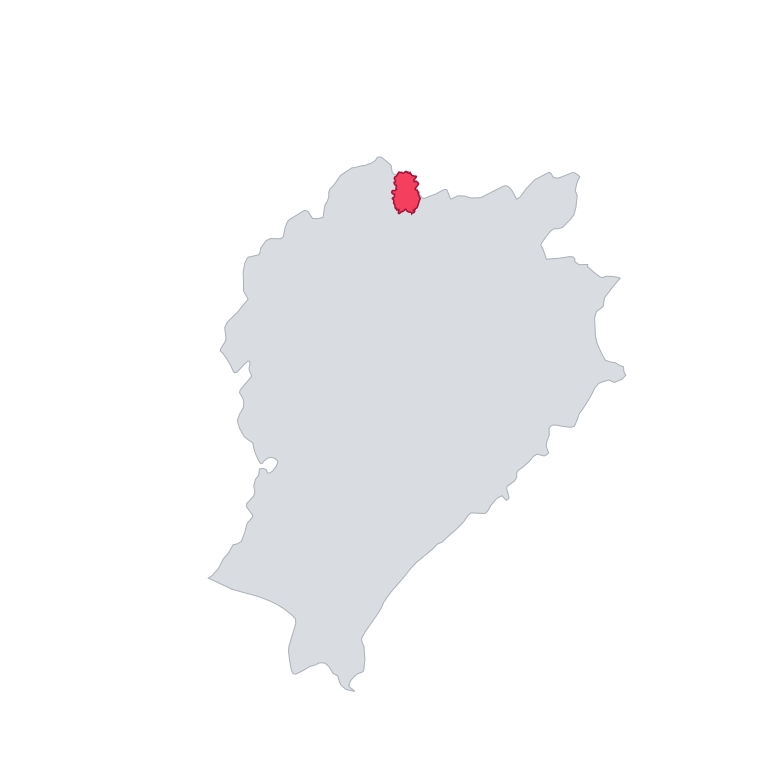 Liozna, Vitebsk, Belarus (highlighted), rotated 308°
{"feature_id": "67162791B19917337499758", "entity_name": "Liozna", "entity_type": "district", "adm_level": 2, "iso_a3": "BLR", "parent_name": "Belarus", "parent_adm1": "Vitebsk", "projection": "natural_earth1", "projection_center": [30.625, 55.016], "detail": "fine", "context": "in_parent", "style": "filled", "palette": "rose", "viewbox_px": 768, "rotation_deg": 308, "n_neighbors": 0, "source": "geoboundaries", "source_scale": "gbopen_adm2", "svg_char_len": 7168}
<svg xmlns="http://www.w3.org/2000/svg" viewBox="0 0 768 768"><g transform="rotate(308 384 384)"><path d="M612.6,505.0L601.2,504.5L587.6,504.7L580.0,508.9L571.7,506.9L565.8,509.2L552.3,520.8L547.1,527.0L542.1,536.6L539.0,543.7L540.7,548.7L543.2,553.3L543.7,558.3L545.0,562.2L541.7,565.1L539.7,569.2L534.0,568.5L527.0,564.5L525.6,558.8L520.2,554.9L516.7,552.8L510.9,552.5L501.6,554.4L489.4,555.8L480.2,556.2L475.2,558.2L467.8,560.1L464.9,557.8L460.9,551.4L457.6,544.9L455.3,542.1L453.3,541.3L450.8,541.5L447.9,543.5L445.8,545.6L438.1,548.0L434.7,550.3L430.9,556.2L428.4,555.8L425.9,554.5L423.0,547.9L419.0,546.3L412.6,546.2L404.6,544.8L398.2,542.8L395.8,543.3L392.0,546.1L387.8,546.5L378.7,544.0L376.9,545.2L371.5,552.5L369.1,552.8L367.7,551.9L368.5,545.6L363.3,543.3L354.4,543.0L348.1,543.9L345.0,543.6L343.4,542.4L335.9,531.8L331.9,531.1L324.6,531.6L313.9,530.4L301.6,528.0L294.8,527.1L291.3,524.7L283.7,523.9L263.4,519.4L255.0,518.6L242.7,518.5L224.0,517.5L212.0,518.1L206.4,519.6L200.0,520.5L177.7,521.7L169.7,522.9L167.4,525.2L164.6,530.0L155.2,538.5L146.1,544.1L144.4,544.6L139.3,541.6L135.0,540.6L129.9,540.3L126.3,541.2L124.0,542.6L124.0,549.2L123.5,549.8L119.8,542.0L120.4,535.0L122.7,531.0L125.5,527.4L124.6,522.0L127.4,514.8L127.7,509.7L126.6,507.4L124.6,504.9L118.9,502.0L116.4,499.8L108.7,496.8L101.1,493.1L99.9,490.8L100.3,489.3L101.7,486.9L107.9,480.0L114.6,473.3L118.7,470.6L140.8,462.0L144.3,459.0L145.3,453.9L145.3,443.6L144.2,434.3L142.8,427.8L139.1,415.7L128.7,390.8L122.9,365.0L127.2,366.5L137.5,367.0L145.7,365.3L150.0,365.0L153.8,365.6L164.6,364.1L167.2,366.5L172.0,368.5L181.5,365.6L190.0,361.9L198.7,362.3L200.0,360.5L202.5,351.4L205.1,349.4L215.5,350.3L219.4,348.7L223.5,344.2L229.7,341.4L234.9,341.4L240.3,338.2L242.9,340.3L244.0,344.1L242.2,347.1L242.9,348.3L246.6,349.8L252.9,349.7L257.0,348.5L258.0,346.8L258.1,343.6L257.1,340.7L254.5,338.2L249.5,336.9L246.0,336.9L245.4,335.3L246.7,331.8L250.0,325.5L254.0,319.9L256.3,317.7L256.8,315.7L256.4,312.3L256.5,306.1L260.2,297.4L264.9,290.9L271.1,288.8L278.7,287.7L283.6,284.6L286.1,281.0L288.2,275.5L290.7,274.3L308.8,275.0L311.7,269.5L313.3,267.9L316.8,266.3L319.2,264.3L318.4,262.8L313.8,261.8L302.9,260.9L300.7,259.1L301.5,256.8L304.5,251.1L307.4,243.7L309.0,238.0L309.2,234.6L310.8,233.7L319.7,232.7L322.6,231.5L330.4,223.7L336.2,222.4L351.2,224.4L358.0,224.3L366.8,224.8L367.5,224.0L370.7,216.3L385.7,204.0L393.7,199.8L398.7,198.8L400.4,199.0L408.3,205.5L410.1,205.8L415.4,203.1L424.6,202.8L428.8,205.1L434.8,213.1L437.9,214.0L446.8,209.6L451.8,208.1L455.0,208.1L471.7,214.3L472.9,216.3L473.0,218.6L470.4,225.9L473.8,230.3L477.8,233.4L486.5,228.4L489.7,227.0L493.2,226.9L497.8,225.1L501.2,222.3L504.4,221.3L510.6,222.0L521.7,221.3L534.7,225.7L535.8,227.1L542.3,232.2L544.6,234.7L546.7,235.6L550.2,238.1L554.8,239.6L558.0,239.2L559.6,240.0L561.0,242.0L561.1,245.3L560.7,254.9L556.0,260.0L555.4,261.7L555.6,263.9L559.3,268.0L564.1,274.5L565.2,278.2L565.2,281.0L558.7,289.3L556.6,291.2L555.1,295.3L554.3,299.5L554.7,301.2L565.6,307.8L573.7,311.3L575.5,313.1L575.7,314.2L571.4,321.3L571.0,323.2L577.5,326.1L581.1,330.7L584.3,338.3L590.4,345.5L613.4,356.2L615.4,358.1L616.1,360.3L615.4,365.3L611.3,374.8L615.2,376.2L625.4,375.8L637.7,377.0L652.5,383.7L652.6,386.7L651.1,389.4L652.1,392.3L653.8,394.8L666.6,402.3L667.9,404.5L668.1,408.1L667.8,410.8L664.3,411.3L660.4,412.6L653.9,415.8L651.4,420.3L641.1,426.6L634.6,429.4L629.5,429.6L617.3,428.3L613.0,425.2L611.2,422.3L606.4,421.1L600.2,421.0L591.6,421.4L589.8,422.3L588.4,425.8L584.8,431.7L582.2,435.1L593.2,446.9L598.7,451.8L600.5,454.7L600.4,456.9L597.8,459.4L598.2,464.4L603.6,471.0L601.8,472.0L601.3,480.2L601.4,488.9L602.8,491.0L605.7,492.7L608.2,495.9L612.3,503.1L612.6,505.0Z" fill="#d9dde1" stroke="#a8b0b8" stroke-width="1"/><path d="M530.4,292.0L530.5,292.0L531.4,292.4L532.1,292.8L532.6,293.0L533.3,293.1L533.9,293.1L534.4,293.1L534.9,293.1L535.0,293.4L535.0,293.7L535.0,293.9L534.8,294.3L534.7,294.6L534.6,295.1L534.4,295.6L534.4,295.9L534.5,296.5L534.6,297.2L534.9,298.0L535.3,298.5L535.7,299.0L535.8,299.3L535.8,299.8L535.8,300.2L535.7,300.5L535.5,300.8L535.3,301.0L535.7,301.0L536.1,301.2L536.6,301.5L537.2,301.8L537.5,301.9L537.8,302.1L538.2,302.1L538.8,302.0L538.9,301.7L538.8,301.4L538.8,301.0L538.8,300.7L538.8,300.4L539.0,300.2L539.3,300.1L539.5,300.3L539.7,300.6L539.8,300.8L539.9,301.0L540.0,301.1L540.5,301.2L540.9,300.7L541.1,300.6L541.4,300.7L541.7,300.8L542.0,301.0L542.5,301.3L543.1,301.4L543.5,301.4L543.9,301.3L544.4,301.2L545.2,300.9L545.5,300.8L545.9,300.6L546.4,300.4L546.7,300.4L547.2,300.2L547.8,300.0L548.5,299.6L549.8,299.1L550.9,298.8L552.6,298.3L552.9,297.6L553.3,296.6L553.8,295.9L554.6,294.2L554.9,293.8L555.8,293.8L556.5,293.3L556.4,292.7L556.1,292.1L556.6,291.8L557.2,291.2L556.9,290.6L556.6,289.7L556.6,289.2L556.6,288.5L557.6,288.2L559.3,288.2L561.0,288.2L562.7,288.2L563.4,287.6L563.5,286.3L563.6,285.5L563.7,284.8L563.4,284.2L562.8,283.9L562.1,283.4L562.2,282.5L563.4,282.0L565.5,282.0L567.1,282.1L567.5,281.7L567.3,281.0L566.7,280.2L566.2,279.1L565.7,278.2L565.6,277.5L565.8,276.7L566.1,276.2L566.1,275.4L566.5,274.8L566.8,274.3L566.0,274.1L565.4,274.0L565.1,273.5L565.0,272.8L565.8,272.3L565.5,271.9L564.9,271.4L565.2,270.6L564.6,270.1L563.8,269.8L563.0,269.9L562.4,269.7L561.9,269.1L561.6,268.5L561.7,267.9L561.5,267.2L560.5,266.7L560.3,265.9L560.3,265.4L559.7,265.4L557.7,265.4L557.0,265.6L556.2,265.7L555.7,265.7L555.3,265.7L554.8,265.7L554.5,265.4L554.2,265.3L554.0,265.2L553.7,265.1L553.3,265.2L552.5,265.4L552.2,265.6L552.1,265.9L551.8,266.5L551.7,266.8L551.7,267.1L551.5,267.4L551.2,267.9L550.9,268.0L550.5,268.3L550.1,268.4L549.9,268.4L549.6,268.3L549.5,268.2L549.3,267.8L549.1,267.9L548.9,267.9L548.8,268.1L548.5,268.3L548.3,268.6L548.1,268.8L548.0,269.1L548.0,269.3L547.9,269.7L547.7,270.1L547.6,270.5L547.7,270.8L547.8,271.1L548.0,271.4L548.0,271.6L547.9,271.8L547.5,272.0L547.2,272.1L546.6,272.4L546.0,272.7L545.5,273.0L545.3,273.4L545.2,273.8L545.1,274.0L544.9,274.1L544.7,274.1L544.3,273.9L544.0,273.7L543.5,273.6L543.0,273.4L542.8,273.2L542.6,272.9L542.5,272.7L542.3,272.3L542.1,272.1L542.0,271.9L541.5,271.6L541.1,271.6L540.6,271.7L540.1,271.9L539.8,272.1L539.6,272.3L539.4,272.6L539.4,273.1L539.3,273.5L539.3,273.9L539.3,274.3L539.5,274.8L539.8,275.1L539.9,275.3L539.9,275.7L539.8,275.9L539.3,276.0L539.1,276.1L538.7,276.2L538.4,276.5L538.1,276.8L537.7,276.9L537.3,276.9L536.9,276.7L536.5,276.5L536.1,276.3L535.8,276.2L535.5,276.2L535.3,276.3L535.1,276.6L535.1,277.0L535.2,277.4L535.1,278.0L534.9,278.3L534.5,278.7L534.2,279.0L533.9,279.3L533.4,279.6L532.6,280.1L532.3,280.4L532.2,280.8L532.1,281.1L532.1,281.5L532.1,281.9L532.0,282.1L531.8,282.3L531.4,282.6L531.1,283.0L530.7,283.4L530.3,283.8L529.9,284.1L529.6,284.4L529.5,284.7L529.5,284.9L529.6,285.2L529.8,285.3L530.1,285.5L530.0,285.8L529.7,286.1L529.3,286.3L529.1,286.5L528.9,286.8L528.9,287.1L529.2,287.4L529.4,287.5L529.8,287.7L530.2,287.9L530.6,288.0L530.6,288.3L530.5,288.6L530.1,288.8L529.6,289.0L529.1,289.2L528.4,289.5L527.9,289.7L527.6,289.9L527.5,290.4L527.5,290.9L527.7,291.1L528.2,291.3L528.7,291.4L529.6,291.4L530.1,291.5L530.3,291.8L530.4,292.0Z" fill="#f43f5e" stroke="#9f1239" stroke-width="1.5"/></g></svg>